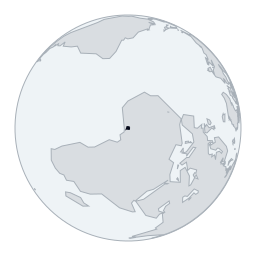 the Earth from above Collines, rotated 94°
{"feature_id": "BEN-2171", "entity_name": "Collines", "entity_type": "Department", "adm_level": 1, "iso_a3": "BEN", "parent_name": "Benin", "parent_adm1": "", "projection": "orthographic", "projection_center": [2.189, 8.101], "detail": "fine", "context": "on_globe", "style": "filled", "palette": "ink", "viewbox_px": 256, "rotation_deg": 94, "n_neighbors": 0, "source": "natural_earth", "source_scale": "10m", "svg_char_len": 8430}
<svg xmlns="http://www.w3.org/2000/svg" viewBox="0 0 256 256"><g transform="rotate(94 128 128)"><circle cx="128" cy="128" r="113" fill="#eef3f6" stroke="#a8b0b8"/><path d="M88.6,22.5L89.6,22.1L86.4,23.4L87.5,23.2L85.0,24.2L88.0,23.2L90.1,22.3L92.1,21.7L92.9,21.6L89.9,22.7L89.0,23.0L88.6,23.3L86.7,24.0L88.1,23.6L84.3,25.2L89.3,23.5L87.3,24.8L84.5,26.0L83.2,25.9L73.6,29.7L70.3,31.5L67.0,33.7L63.9,37.4L61.0,39.6L58.1,42.4L60.4,41.0L63.5,38.3L67.1,36.7L70.4,33.9L72.4,33.0L76.4,30.5L77.4,30.9L76.2,32.8L72.9,35.1L72.3,36.1L76.8,34.2L71.9,39.0L70.9,43.7L69.5,45.1L64.3,47.0L60.9,46.0L54.2,49.8L60.2,47.6L56.5,51.8L56.5,52.8L57.7,52.8L59.7,51.4L58.8,53.1L52.5,55.6L53.3,54.1L55.3,53.2L53.7,52.9L49.4,55.2L47.9,57.5L43.1,59.7L41.9,61.5L40.2,63.2L42.4,60.0L38.4,65.9L32.5,71.4L26.9,82.4L30.6,73.3L30.9,71.9L30.7,71.5L29.7,73.3L30.3,71.9L34.9,64.5L40.1,57.6L45.8,51.0L51.9,44.9L58.5,39.3L65.5,34.3L72.9,29.7L80.6,25.8L88.6,22.5ZM22.3,89.0L22.9,87.4L23.2,87.2L19.7,97.2L19.7,99.8L17.7,107.6L17.3,112.1L18.1,111.6L18.7,114.2L20.3,110.0L22.3,108.3L21.1,114.8L23.2,109.3L23.7,112.8L28.5,114.1L27.8,115.4L31.6,124.4L37.7,129.2L39.1,134.4L38.2,137.1L40.7,138.5L40.8,140.4L52.5,145.3L59.9,151.2L60.6,157.9L56.2,164.9L56.6,180.4L49.9,184.2L51.1,190.3L50.9,198.3L46.5,196.7L50.8,201.5L50.8,203.7L48.8,203.2L51.0,206.3L49.6,205.9L52.4,208.3L54.1,211.5L58.2,215.0L60.5,217.6L63.2,219.6L62.6,219.3L63.0,219.7L64.4,220.7L60.8,218.4L55.3,214.0L53.3,212.0L52.4,211.4L47.7,206.2L48.2,207.1L41.0,198.5L36.8,191.6L27.0,170.2L24.8,165.5L21.3,159.3L16.7,141.7L16.6,135.4L16.2,132.0L17.6,123.4L18.1,114.5L17.9,112.9L17.1,115.9L17.1,109.3L18.4,102.4L18.8,100.2L22.3,89.0ZM25.2,86.1L25.3,92.8L23.7,92.7L24.3,91.9L24.6,89.3L24.6,86.6L23.6,87.1L25.2,86.1ZM28.8,80.6L28.6,79.9L29.0,80.1L28.8,80.6ZM75.6,30.5L76.0,30.5L75.0,30.9L75.6,30.5ZM77.0,29.5L75.6,30.0L76.0,29.6L76.9,29.3L77.0,29.5ZM78.6,28.9L77.0,28.9L77.8,28.2L81.7,26.6L78.6,28.9ZM90.4,22.1L88.2,23.0L89.2,22.5L90.4,22.1ZM99.1,19.1L99.3,19.1L97.4,19.6L94.8,20.4L97.4,19.7L90.5,22.0L90.7,21.7L99.1,19.1ZM93.0,21.4L92.7,21.3L95.8,20.3L96.9,20.2L95.6,20.5L93.0,21.4ZM100.2,18.8L99.6,19.0L100.2,18.8ZM95.3,20.7L97.4,20.2L96.7,20.7L93.5,21.4L95.3,20.7ZM96.2,20.1L97.7,19.6L97.2,19.8L96.2,20.1ZM95.4,22.4L95.0,22.1L96.6,21.5L95.4,22.4ZM98.3,20.0L98.5,19.9L99.1,19.7L100.3,19.5L98.3,20.0ZM101.3,18.6L101.6,18.6L103.1,18.2L104.7,17.9L101.7,18.6L103.6,18.2L104.1,18.1L101.1,18.8L101.3,18.6ZM103.3,18.7L100.0,19.9L100.4,20.4L99.0,20.9L98.6,20.0L103.3,18.7ZM102.3,18.7L102.6,18.8L100.7,19.2L99.3,19.5L102.3,18.7ZM106.8,17.5L105.2,17.7L105.9,17.6L106.8,17.5ZM103.8,18.7L104.5,18.5L104.0,18.7L103.8,18.7ZM106.3,17.7L105.6,17.7L106.4,17.6L106.3,17.7ZM106.6,18.0L105.6,18.3L104.6,18.4L106.6,18.0ZM106.8,17.8L108.1,17.5L104.9,18.3L106.3,17.8L106.8,17.8ZM107.2,17.5L107.4,17.4L107.3,17.5L107.2,17.5ZM110.9,17.6L107.2,18.5L105.0,18.7L109.0,17.7L110.9,17.6ZM68.1,223.0L61.7,219.1L64.7,221.0L63.4,219.8L68.0,222.6L68.1,223.0ZM65.8,220.1L66.3,219.7L67.4,220.3L67.3,220.7L65.8,220.1ZM236.1,96.4L236.2,96.7L234.9,92.6L231.9,85.0L232.4,88.5L234.0,100.6L236.2,111.3L235.9,116.5L230.6,102.2L226.9,92.3L225.8,93.7L219.6,86.4L211.3,87.7L209.4,85.4L208.0,86.9L203.5,85.0L200.3,81.2L197.9,81.9L206.4,92.0L208.8,91.4L209.8,86.7L211.8,90.6L216.0,93.5L214.0,104.1L200.5,115.2L198.0,107.4L181.3,87.4L181.1,85.0L181.0,84.7L180.7,84.2L180.5,88.2L177.2,84.4L187.4,98.3L189.7,104.7L200.4,115.8L199.7,117.1L202.7,119.3L211.0,115.0L211.4,117.7L208.2,130.9L195.6,149.7L196.6,161.1L194.5,171.0L185.1,178.3L184.4,185.7L179.3,188.7L178.0,192.9L173.1,197.7L165.4,202.3L154.0,203.2L154.5,199.5L150.6,192.6L145.7,175.0L149.9,166.5L149.3,160.0L141.0,145.9L142.9,137.7L140.3,134.4L135.3,135.5L132.2,131.6L129.0,131.6L108.2,135.1L101.1,130.0L91.1,114.1L94.3,107.7L93.7,100.3L115.1,75.6L121.0,76.7L139.4,72.9L142.0,73.6L141.3,79.0L156.3,84.9L159.4,80.1L171.5,83.0L178.6,82.2L178.5,72.0L166.8,72.9L163.3,68.3L171.5,63.4L181.5,63.2L180.4,61.5L172.9,58.0L173.9,54.7L170.1,56.6L172.6,58.3L170.3,59.7L167.9,58.3L168.4,57.1L165.0,56.6L163.7,63.1L166.1,65.5L158.0,67.3L161.2,71.5L159.5,73.8L153.4,67.5L153.1,65.1L142.9,59.0L142.6,61.6L152.1,67.7L149.7,67.3L149.3,71.5L147.7,68.1L137.4,61.3L129.3,63.4L121.2,74.1L116.0,75.3L110.7,73.6L111.5,63.3L123.0,61.9L123.4,58.8L119.2,54.6L123.1,54.8L122.8,53.1L126.9,52.6L131.0,48.4L134.9,47.7L134.8,42.9L136.8,42.1L136.3,45.1L138.1,47.0L147.7,46.1L149.0,45.0L148.1,42.1L150.9,42.5L148.8,39.8L153.5,38.5L146.1,38.1L144.8,35.2L146.7,33.0L144.9,32.1L141.9,35.9L141.9,37.5L144.0,38.9L142.9,44.0L139.9,45.1L136.1,39.9L131.6,41.1L130.6,37.0L139.4,28.6L143.9,27.0L155.1,29.7L155.1,31.3L151.0,31.0L156.3,33.6L155.1,32.3L157.4,32.8L156.8,30.6L158.4,30.9L155.1,28.6L157.0,28.6L159.1,30.1L159.8,27.6L163.3,27.5L162.7,26.9L161.0,26.2L166.5,26.9L165.8,26.4L163.8,26.0L161.1,24.8L158.4,23.1L160.4,23.4L161.7,24.1L167.3,26.2L170.3,28.1L170.8,28.2L168.7,26.6L161.9,23.9L159.7,22.9L163.0,23.9L161.6,23.4L161.2,23.0L162.7,23.0L159.1,21.9L151.5,18.3L153.5,18.4L157.3,19.4L155.2,18.7L163.2,21.0L171.1,23.9L178.7,27.4L186.0,31.5L193.1,36.1L199.7,41.1L206.0,46.7L211.8,52.8L217.2,59.2L222.1,66.0L226.4,73.2L230.2,80.7L233.4,88.4L236.1,96.4ZM109.4,87.9L109.2,90.0L109.4,87.9ZM193.3,68.6L198.4,68.4L193.9,62.6L195.5,62.2L193.4,60.5L193.6,62.2L188.1,57.7L189.5,55.8L187.7,53.5L185.9,53.5L184.2,57.7L192.1,64.0L191.8,66.6L193.3,68.6ZM28.7,114.0L29.1,115.5L28.2,115.3L28.7,114.0ZM22.6,95.2L23.1,95.7L23.0,96.8L22.5,96.9L22.6,95.2ZM28.1,97.9L29.0,98.8L27.7,99.0L28.1,97.9ZM25.5,93.8L27.4,97.4L25.0,98.6L24.0,96.4L25.2,96.3L25.5,93.8ZM26.9,84.0L27.0,84.6L26.4,85.7L26.9,84.0ZM29.1,80.7L28.9,80.8L29.2,79.8L29.1,80.7ZM56.8,51.6L57.3,51.5L58.1,51.9L57.0,52.5L56.8,51.6ZM66.2,50.3L64.5,53.1L64.9,51.4L63.0,52.4L61.6,50.3L68.7,45.8L65.7,48.1L66.2,50.3ZM61.6,46.7L61.7,48.3L61.3,46.8L61.6,46.7ZM117.1,45.4L119.1,46.3L118.3,48.2L113.3,49.9L114.3,47.1L117.1,45.4ZM122.1,47.1L119.7,42.0L122.7,41.0L121.4,42.4L123.6,42.2L122.2,44.4L127.4,48.9L127.1,50.9L118.0,52.4L121.1,50.7L119.0,49.8L122.1,47.1ZM108.2,33.7L107.2,32.3L115.1,31.8L115.1,33.3L110.1,34.8L107.1,34.1L108.2,33.7ZM85.8,26.3L84.9,26.4L85.8,26.0L87.2,25.6L85.8,26.3ZM95.1,22.3L90.6,25.8L89.3,26.0L88.2,28.2L84.5,29.7L85.3,28.1L81.6,31.1L80.9,30.3L78.7,32.4L81.1,28.7L80.3,28.4L82.6,28.1L86.0,26.7L87.3,26.0L90.2,23.9L90.2,22.9L93.7,21.6L96.1,21.0L96.6,21.1L94.2,21.8L96.6,21.4L93.6,22.5L95.1,22.3ZM122.4,19.2L119.4,19.3L123.8,20.1L120.7,20.6L121.4,20.7L119.8,21.5L119.0,22.7L117.5,22.9L117.9,23.3L116.8,24.0L116.8,24.6L113.9,25.3L113.7,26.3L112.5,26.0L112.9,27.6L111.3,26.8L109.8,27.8L112.1,28.0L96.7,31.5L91.4,34.1L87.9,36.9L85.7,35.5L87.6,32.3L91.7,28.6L97.1,26.5L95.1,26.5L97.1,25.5L97.8,26.0L97.9,24.8L99.8,24.2L103.4,22.0L102.4,21.0L103.7,20.3L105.0,20.4L105.4,19.7L108.8,19.5L109.8,19.1L114.2,18.6L116.1,19.2L117.1,18.7L120.4,18.6L122.4,19.2ZM112.2,17.5L115.2,17.7L115.0,18.3L107.5,19.0L106.1,19.4L101.3,20.2L101.7,19.5L103.0,19.3L104.4,18.9L103.7,19.3L105.3,18.8L107.2,18.5L108.9,18.1L109.4,18.3L112.2,17.5ZM144.0,71.4L145.8,71.5L148.4,71.1L148.2,73.9L144.0,71.4ZM136.9,66.8L138.4,66.4L139.4,69.8L137.5,69.8L136.9,66.8ZM138.3,63.4L138.4,66.1L137.2,64.7L138.3,63.4ZM137.6,44.6L139.1,44.1L139.6,44.8L139.2,45.9L137.6,44.6ZM134.6,22.9L132.9,22.6L133.2,22.3L130.9,21.1L133.0,20.8L135.2,21.4L134.6,22.9ZM177.0,73.9L175.5,75.9L174.2,75.1L175.0,74.5L177.0,73.9ZM161.5,74.9L165.5,75.9L161.4,75.7L161.5,74.9ZM136.5,22.4L135.3,21.9L137.1,22.1L136.5,22.4ZM134.4,20.6L136.3,20.6L133.0,20.6L134.4,20.6ZM196.4,215.8L195.6,216.9L194.7,217.2L196.4,215.8ZM209.1,167.5L200.1,185.2L196.1,185.8L196.6,181.0L200.7,170.4L205.8,166.9L208.6,161.8L209.1,167.5ZM236.5,112.2L238.0,118.3L237.6,119.6L236.5,112.2ZM152.5,21.2L153.3,23.0L155.3,24.6L158.6,25.7L154.4,25.1L151.3,22.7L152.5,21.2ZM151.4,18.5L148.5,17.9L149.5,17.9L150.3,18.1L151.4,18.5ZM149.9,18.3L146.9,18.1L145.1,17.6L147.8,17.9L149.9,18.3ZM141.8,19.6L141.9,20.1L140.5,19.9L141.8,19.6Z" fill="#d9dde1" stroke="#a8b0b8" stroke-width="1"/><path d="M128.9,128.4L129.0,128.4L129.0,128.5L129.0,128.9L128.6,128.9L128.6,129.0L128.4,129.2L128.5,129.3L128.1,129.2L127.9,129.1L127.7,129.1L127.4,128.9L126.9,128.9L126.9,128.5L126.9,128.2L126.9,127.9L126.9,127.7L126.9,127.4L126.9,127.2L127.0,127.0L127.3,127.0L127.5,127.1L127.8,127.2L127.9,127.3L128.0,127.3L128.0,127.2L128.0,126.8L128.0,126.7L129.0,126.7L129.1,127.2L129.1,127.3L129.0,127.5L129.1,127.8L129.0,128.0L129.0,128.3L128.9,128.4L128.9,128.4Z" fill="#0f172a" stroke="#020617" stroke-width="1.5"/></g></svg>